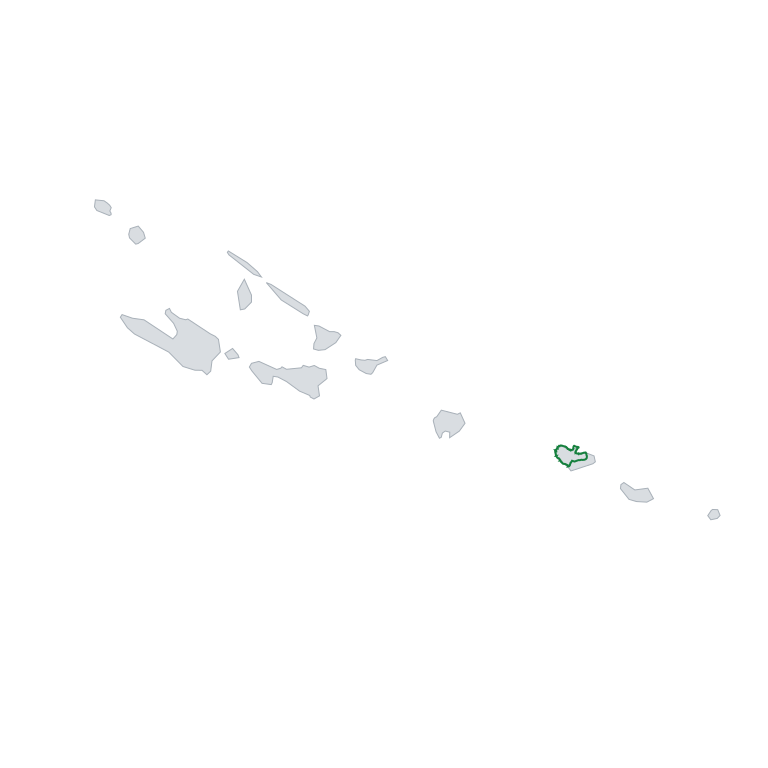 location of North Erromango, Tafea, Vanuatu, rotated 312°
{"feature_id": "77236927B15473640252363", "entity_name": "North Erromango", "entity_type": "district", "adm_level": 2, "iso_a3": "VUT", "parent_name": "Vanuatu", "parent_adm1": "Tafea", "projection": "equal_earth", "projection_center": [169.132, -18.762], "detail": "fine", "context": "in_parent", "style": "outline", "palette": "green", "viewbox_px": 768, "rotation_deg": 312, "n_neighbors": 0, "source": "geoboundaries", "source_scale": "gbopen_adm2", "svg_char_len": 6549}
<svg xmlns="http://www.w3.org/2000/svg" viewBox="0 0 768 768"><g transform="rotate(312 384 384)"><path d="M271.1,162.7L276.2,197.0L282.0,197.0L284.9,195.1L288.3,187.1L289.8,174.4L292.8,172.6L296.6,174.0L295.0,178.0L296.1,188.1L299.1,193.7L301.0,194.7L305.0,221.2L306.5,226.7L306.4,231.1L298.3,241.0L286.1,240.7L277.6,246.6L272.4,246.2L272.4,239.6L267.7,234.2L262.5,222.9L263.7,202.7L254.2,165.1L254.1,155.7L257.2,143.4L260.3,142.9L264.6,153.1L271.1,162.7ZM323.0,294.5L326.6,296.7L328.5,296.7L329.7,301.7L340.8,311.8L343.8,311.5L346.4,317.0L351.1,319.8L352.4,325.4L355.8,331.1L349.9,338.0L338.5,336.2L332.0,344.0L326.0,342.0L325.0,337.9L325.8,336.5L322.2,326.0L320.6,310.0L318.2,300.5L315.6,296.5L310.2,300.0L308.1,300.6L302.9,292.9L305.3,277.1L306.5,272.6L310.7,271.7L317.1,275.9L323.0,294.5ZM471.1,588.2L467.6,593.1L464.5,592.6L444.5,581.1L445.4,576.3L444.5,564.2L446.7,557.7L452.3,555.0L456.5,556.4L459.2,566.0L465.1,570.0L460.9,573.3L468.2,580.6L471.1,588.2ZM402.9,444.1L410.6,458.8L413.6,460.0L409.0,470.5L399.4,471.5L388.0,468.7L392.2,465.1L390.0,461.0L386.6,460.2L382.7,462.2L380.8,461.5L383.3,454.7L389.6,445.2L391.5,444.4L393.2,444.3L394.9,445.1L402.9,444.1ZM391.3,319.4L382.5,320.5L370.1,317.2L365.1,312.7L362.9,308.2L367.2,304.9L373.3,303.3L381.0,293.0L383.6,296.9L386.5,308.5L389.6,312.0L391.3,315.5L391.3,319.4ZM483.1,649.8L479.1,661.0L472.1,658.4L465.6,650.3L462.2,643.3L464.5,629.7L467.8,627.4L471.3,628.2L473.1,641.3L483.1,649.8ZM384.7,281.4L383.4,281.6L382.1,276.8L377.7,251.4L380.6,228.7L382.4,233.5L389.0,273.3L388.1,279.9L384.7,281.4ZM402.9,365.2L405.2,366.7L403.9,371.0L393.3,366.1L384.8,368.0L382.5,367.8L379.9,363.8L378.0,356.0L378.9,350.5L382.5,346.7L383.8,346.0L386.5,350.8L388.9,354.0L391.3,355.4L396.7,363.1L402.9,365.2ZM361.4,226.0L356.2,230.7L346.6,230.3L343.0,227.6L354.8,213.1L368.4,210.1L361.4,226.0ZM335.8,103.8L332.6,109.0L323.9,107.3L321.8,105.9L322.3,97.1L324.5,94.1L329.7,91.4L336.9,95.7L335.8,103.8ZM328.3,66.9L327.2,67.9L325.4,67.1L320.8,54.5L321.9,50.3L327.7,46.3L332.8,53.3L333.3,57.2L333.3,60.5L332.5,63.3L329.1,64.5L328.3,66.9ZM382.8,214.8L381.5,221.3L378.3,213.8L376.2,182.4L377.0,179.5L378.7,179.3L382.6,201.1L382.8,214.8ZM513.9,716.1L511.2,721.7L507.1,721.6L501.8,717.7L502.8,712.7L508.8,711.8L510.6,712.1L513.9,716.1ZM308.0,255.9L306.6,258.6L298.4,251.9L300.2,245.3L309.1,247.7L308.0,255.9Z" fill="#d9dde1" stroke="#a8b0b8" stroke-width="1"/><path d="M468.0,579.7L467.9,579.6L467.6,580.0L467.6,579.9L467.8,579.4L467.7,579.3L467.4,579.2L467.2,579.1L467.0,578.9L466.9,578.8L466.7,579.0L466.6,579.3L466.7,578.8L466.7,578.6L466.5,578.4L465.6,577.9L465.4,577.8L464.7,577.5L464.6,577.4L464.3,577.3L464.3,577.1L464.0,577.0L463.9,576.9L463.7,576.8L463.6,576.5L463.4,576.4L463.3,576.1L463.2,576.1L462.9,575.9L462.6,575.6L462.5,575.4L462.4,575.3L462.4,575.2L462.2,575.3L462.2,575.0L462.1,574.9L462.0,574.7L461.9,574.6L461.7,574.3L461.6,574.2L461.3,573.4L461.2,573.3L461.2,573.2L461.1,572.8L461.1,572.7L461.0,572.4L460.9,572.4L460.6,572.7L460.9,572.2L461.1,572.0L461.3,571.9L461.5,572.0L461.4,572.1L461.5,572.1L461.9,571.7L462.1,571.5L462.2,571.4L462.3,571.4L462.6,571.4L462.8,571.5L463.0,571.5L463.1,571.4L463.3,571.4L463.5,571.2L464.0,571.2L464.3,571.1L464.7,571.2L465.1,570.9L465.3,570.9L465.5,570.9L466.0,571.0L466.5,570.8L466.8,571.0L467.0,571.1L467.2,570.9L467.2,570.7L467.0,570.2L466.8,569.9L466.4,569.6L466.3,569.4L466.1,569.2L466.0,568.7L465.9,568.6L465.8,568.4L465.6,567.6L465.4,567.0L465.4,566.8L465.3,566.7L465.2,566.6L464.4,566.7L464.0,566.9L463.7,567.1L463.4,567.3L463.2,567.5L462.9,567.8L462.3,568.2L462.1,568.2L461.9,568.1L461.6,568.3L461.0,567.9L460.9,567.8L460.7,567.8L460.7,567.7L460.4,567.5L460.2,567.3L460.1,567.1L459.9,566.9L459.9,566.4L459.8,566.2L459.7,566.2L459.6,566.3L459.6,566.2L459.4,566.2L459.4,566.4L459.2,566.3L459.0,566.0L458.9,566.2L458.8,566.4L458.6,566.5L458.9,566.1L459.0,566.0L459.2,565.6L459.3,565.5L459.3,565.4L459.2,565.2L459.1,564.8L459.1,564.6L459.0,564.4L458.8,564.2L458.7,564.1L458.6,563.9L458.7,563.7L458.9,563.3L458.9,563.0L458.8,562.9L459.0,563.0L459.1,562.9L459.1,562.7L459.0,562.3L458.9,562.2L459.0,561.8L458.9,561.4L459.0,561.3L458.9,561.1L458.9,560.9L458.8,560.7L458.8,560.4L458.7,560.1L458.5,559.9L458.3,559.7L458.2,559.7L457.9,559.5L457.7,559.4L457.9,559.4L457.9,559.1L457.9,558.9L457.8,558.7L457.5,557.9L457.3,557.6L457.1,557.2L456.9,557.1L456.9,556.9L456.7,556.7L456.3,556.4L456.2,556.6L456.1,556.8L456.1,556.7L456.2,556.3L455.9,556.2L455.7,556.1L455.4,556.1L455.3,555.9L455.2,556.0L455.1,555.9L454.8,555.9L454.6,555.6L454.4,555.7L454.4,556.0L454.4,555.8L454.0,555.4L453.7,555.3L453.4,555.4L453.2,555.4L452.8,555.8L452.8,555.7L452.7,555.8L452.6,555.7L452.5,555.8L452.4,555.8L452.1,555.8L452.1,556.0L451.9,556.0L451.7,556.0L451.6,555.9L451.3,556.0L450.7,555.9L450.4,556.0L450.4,555.9L450.2,555.8L449.9,555.7L449.7,555.8L449.6,555.7L449.6,555.8L449.4,555.8L449.2,555.8L449.2,556.3L449.1,556.5L449.0,556.3L448.8,556.2L448.7,556.2L448.5,556.3L448.4,556.5L448.2,556.6L448.2,556.8L448.3,556.9L448.1,556.9L448.0,557.1L447.8,557.2L447.7,557.5L447.5,557.8L447.4,557.9L447.2,558.1L447.1,558.3L446.9,558.5L446.7,558.7L446.7,558.8L446.4,559.2L446.2,559.3L446.2,559.7L446.1,559.8L446.0,560.1L445.9,560.1L446.0,560.2L445.8,560.2L445.6,560.7L445.5,560.9L445.4,561.4L445.4,561.5L445.2,562.0L445.3,562.2L445.3,562.5L445.4,563.1L445.5,563.2L445.5,563.3L445.7,563.5L445.8,563.7L445.8,563.9L445.7,564.0L445.7,564.4L445.7,564.6L445.6,564.8L445.6,565.0L445.5,565.3L445.4,565.7L445.3,565.9L445.3,566.0L445.1,566.0L444.9,566.0L445.0,566.1L444.9,566.2L444.9,566.4L445.0,566.6L444.9,566.7L444.9,567.0L444.8,567.3L444.8,567.6L444.7,567.7L444.8,567.8L444.7,567.9L444.8,568.6L444.7,568.7L444.7,569.1L444.5,569.4L444.6,569.7L444.5,570.1L444.6,570.4L444.6,570.5L444.8,570.8L445.0,571.0L445.1,571.3L445.4,571.6L445.5,571.7L445.6,571.9L445.7,572.0L445.9,572.5L446.0,572.8L446.1,573.3L446.1,573.5L446.3,574.0L446.2,574.1L446.2,574.4L446.2,574.5L446.2,574.9L446.3,574.9L446.4,575.1L446.7,575.3L446.7,575.5L446.9,575.7L447.0,575.7L446.9,575.7L446.9,575.8L446.7,575.7L446.7,575.8L446.7,576.0L446.5,576.3L446.4,576.3L446.8,576.6L448.0,576.5L449.0,575.9L449.6,575.8L450.0,575.5L450.2,575.4L450.4,575.3L450.6,575.3L450.8,575.5L451.4,575.4L451.6,575.4L452.8,575.1L453.8,577.4L454.4,577.8L455.6,578.4L457.6,579.5L458.5,580.6L459.3,581.0L460.0,581.6L460.2,582.1L461.0,582.8L461.3,583.2L461.8,583.6L463.0,584.2L464.3,584.3L465.2,583.8L465.7,583.4L466.1,583.1L466.4,582.7L466.6,582.1L467.0,581.6L467.4,581.3L467.7,580.9L467.8,580.5L468.0,579.7Z" fill="none" stroke="#15803d" stroke-width="2"/></g></svg>